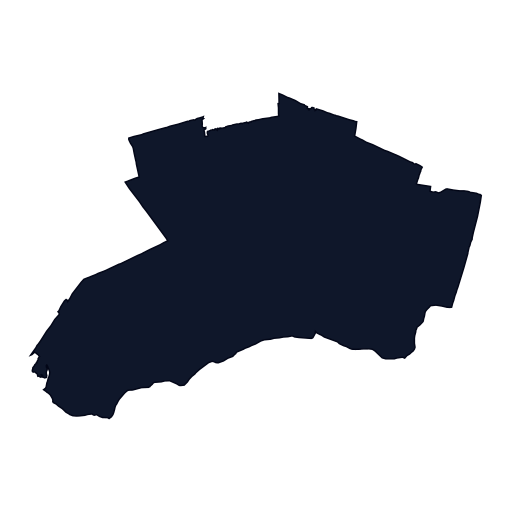 Bogda, Timis, Romania
{"feature_id": "2599482B35137521275654", "entity_name": "Bogda", "entity_type": "district", "adm_level": 2, "iso_a3": "ROU", "parent_name": "Romania", "parent_adm1": "Timis", "projection": "mercator", "projection_center": [21.542, 45.957], "detail": "fine", "context": "isolated", "style": "filled", "palette": "ink", "viewbox_px": 512, "rotation_deg": 0, "n_neighbors": 0, "source": "geoboundaries", "source_scale": "gbopen_adm2", "svg_char_len": 6006}
<svg xmlns="http://www.w3.org/2000/svg" viewBox="0 0 512 512"><path d="M404.7,358.1L406.9,355.6L409.6,354.0L411.4,352.3L413.1,351.0L414.4,349.1L415.0,347.2L414.4,343.3L414.4,338.1L414.7,335.7L415.7,332.0L415.8,330.4L416.6,328.7L416.9,327.3L420.0,324.8L422.9,321.7L423.2,321.1L423.7,318.5L424.4,316.2L425.0,312.6L425.5,311.3L426.9,309.5L429.6,306.8L430.4,305.7L435.9,305.1L441.8,306.0L446.9,307.2L449.8,307.4L451.6,307.2L452.7,303.0L453.6,300.6L454.9,295.7L456.2,292.3L456.9,289.7L457.9,287.0L463.8,267.8L467.8,253.6L467.9,252.4L469.1,247.0L469.8,245.7L470.7,242.1L472.1,239.3L472.2,237.7L473.4,232.2L477.5,216.4L480.3,202.2L481.3,195.4L479.9,194.4L479.1,194.5L476.5,193.3L471.5,192.5L470.9,192.7L469.2,191.8L467.9,191.4L464.2,190.9L460.0,190.9L453.5,190.1L447.1,188.9L445.9,189.1L440.8,192.2L439.2,192.7L438.7,193.0L435.7,191.8L433.1,192.2L430.6,191.4L430.0,191.1L430.6,186.5L417.1,184.4L416.4,183.8L417.8,179.4L418.4,178.1L419.2,174.7L419.8,173.6L419.8,173.0L420.7,171.2L420.9,169.7L422.2,167.2L421.7,166.8L419.7,165.5L415.9,163.7L415.3,164.2L414.1,164.0L412.5,162.6L410.1,161.9L399.0,156.3L387.6,151.4L384.5,150.4L372.7,144.7L366.1,142.2L362.4,140.0L360.7,139.3L354.6,136.1L355.9,128.6L356.7,121.7L355.4,121.6L353.5,120.8L349.1,119.7L337.8,116.0L336.3,115.9L335.7,115.4L333.8,115.0L329.8,113.4L327.1,112.7L323.0,110.9L316.4,108.9L316.2,109.1L316.1,109.7L315.7,109.7L315.6,110.3L315.0,110.6L314.8,109.9L315.0,109.5L314.2,109.2L313.6,108.6L313.9,108.0L312.7,107.5L311.6,107.6L311.2,108.6L309.6,108.8L309.8,109.0L309.7,109.3L309.5,109.7L309.0,109.9L308.4,109.6L308.5,108.9L308.4,108.6L307.2,108.4L307.4,106.7L304.7,105.5L304.3,104.8L300.4,103.6L295.6,100.7L289.6,98.1L287.3,97.4L282.8,95.1L278.9,93.5L279.1,103.5L278.1,103.6L278.1,103.8L278.5,107.9L278.5,114.0L278.9,116.0L277.1,116.5L271.0,117.4L270.5,117.8L262.5,118.8L258.8,119.7L256.2,120.0L256.3,120.2L255.8,120.6L254.4,120.6L251.5,121.4L251.1,121.6L251.3,121.8L251.1,122.0L250.3,122.2L249.6,122.0L248.9,122.3L248.4,123.2L246.7,122.1L246.2,122.6L245.6,122.5L242.6,123.3L242.3,123.7L241.6,123.3L240.4,123.4L239.0,124.0L236.9,124.0L232.5,125.0L231.8,125.5L228.8,125.9L227.2,126.3L226.6,126.7L225.8,126.8L225.6,127.4L225.4,127.5L223.2,128.0L221.0,128.4L220.8,128.3L221.0,128.1L220.1,128.0L219.4,128.3L219.7,128.7L219.0,128.9L219.1,128.6L218.2,128.6L217.8,128.3L217.1,128.7L217.5,129.1L217.3,129.2L217.4,130.2L217.3,130.4L216.2,129.7L216.0,129.2L215.2,128.8L214.7,129.3L214.7,129.7L214.2,130.1L213.6,130.1L213.2,129.7L212.7,129.6L212.2,130.1L211.0,130.1L209.0,131.1L207.6,131.4L207.3,132.0L207.4,133.5L208.1,135.3L207.7,136.2L207.5,136.4L206.2,136.3L204.9,136.5L204.7,136.0L204.7,134.0L204.5,133.3L204.5,132.2L203.9,130.5L204.3,129.8L205.8,128.7L205.8,128.4L205.6,127.9L205.7,127.5L204.7,127.8L203.1,127.7L202.2,126.6L202.1,125.4L202.3,124.1L202.0,120.1L202.2,119.6L203.6,118.6L202.9,118.3L203.0,117.7L202.5,117.4L203.2,117.1L203.3,116.7L201.7,117.4L201.3,117.3L200.5,117.7L197.2,118.5L195.7,119.4L194.8,120.3L193.9,119.8L190.9,120.4L189.7,120.7L189.1,121.3L187.5,121.3L178.2,124.2L170.1,126.2L166.2,127.7L165.9,127.6L158.8,129.5L143.4,133.9L141.7,134.7L133.9,136.5L128.8,138.1L128.8,139.5L129.3,140.7L130.5,143.2L132.7,146.6L133.3,148.4L134.2,153.3L135.9,161.1L136.1,161.4L136.4,164.1L139.2,177.0L135.3,178.2L125.2,182.1L129.4,188.5L139.6,201.8L143.0,206.9L146.4,211.2L166.2,238.2L167.8,240.8L163.9,242.6L160.3,244.7L150.1,249.4L143.4,252.8L141.9,253.7L137.8,255.4L120.3,263.9L119.2,264.1L104.3,271.1L98.1,273.4L95.8,274.6L83.9,279.3L81.2,282.3L72.4,293.7L69.9,298.5L67.7,301.6L67.1,300.1L66.1,299.5L64.4,301.0L60.9,306.6L58.9,310.9L58.0,311.7L59.1,313.1L59.3,314.4L54.8,319.5L51.0,325.7L46.7,331.2L40.5,341.0L38.0,344.5L37.1,345.4L36.0,347.6L30.7,355.1L31.9,354.6L33.5,353.2L33.7,352.3L34.2,351.8L34.8,352.6L35.9,352.9L37.2,354.1L38.1,354.6L38.7,355.6L39.6,356.5L38.2,358.4L38.1,358.9L38.3,359.7L37.5,360.6L37.4,361.5L37.0,361.8L37.1,362.1L37.1,362.7L36.8,362.9L36.6,362.6L36.4,362.7L35.7,364.1L35.0,364.5L34.0,366.3L32.9,367.6L32.7,369.3L32.3,370.1L32.4,371.4L32.8,371.9L33.4,372.1L34.2,371.8L34.7,371.9L37.2,373.9L37.3,374.2L37.5,374.4L37.5,375.0L37.9,376.3L39.0,376.1L39.8,376.5L40.2,377.1L41.3,377.0L41.7,376.4L41.6,375.6L41.2,374.8L41.5,374.7L42.6,375.4L42.6,375.6L42.3,375.8L42.3,376.4L42.6,376.7L42.6,377.1L43.2,377.2L44.8,377.9L46.4,377.4L46.8,375.6L46.3,373.5L46.3,372.2L46.6,370.8L47.2,369.8L47.0,368.6L46.4,367.0L46.3,365.7L46.7,365.0L47.2,365.3L49.5,371.0L49.8,372.4L49.6,374.2L49.0,376.6L48.3,378.1L47.4,381.7L46.9,382.9L46.1,387.2L45.5,388.2L43.6,389.7L46.2,391.5L47.0,392.3L48.4,393.1L50.4,395.0L52.5,398.7L52.9,400.4L52.8,401.7L53.4,402.6L56.3,404.1L58.5,406.1L62.3,408.6L66.0,412.2L68.7,413.7L69.7,414.5L72.8,415.7L76.4,416.0L79.0,415.9L84.7,415.3L87.8,414.4L91.6,414.0L92.3,414.1L93.0,414.7L94.2,415.2L96.7,414.6L99.5,416.4L102.6,417.5L107.1,417.6L108.2,417.9L109.1,418.5L111.4,416.8L112.9,414.6L113.7,412.5L114.7,408.8L114.8,407.9L115.7,405.3L116.6,404.1L118.0,401.3L119.2,399.3L124.6,393.0L126.4,391.4L127.6,390.5L129.0,390.1L132.5,390.0L141.5,387.6L148.5,387.3L149.9,386.6L150.2,386.0L152.1,384.4L153.3,382.9L154.5,382.3L161.3,381.8L164.7,380.9L169.7,380.7L176.7,383.8L179.3,385.4L180.7,385.5L184.2,385.1L187.4,381.9L189.1,379.3L191.9,376.3L194.8,374.0L195.7,372.8L199.4,369.5L208.6,362.6L212.1,361.3L214.0,361.7L215.9,362.6L218.2,362.8L223.5,360.9L227.8,358.2L232.7,356.4L234.6,354.4L235.7,353.6L236.3,352.4L237.0,351.9L243.4,349.2L245.1,348.2L249.0,346.8L251.7,345.4L255.4,344.0L260.7,341.0L264.2,339.8L270.6,339.2L274.2,338.2L279.3,337.8L283.3,337.0L288.0,336.7L291.9,335.9L292.9,336.1L294.6,336.9L299.0,337.5L311.3,338.4L312.6,337.9L313.0,337.4L315.2,333.4L315.4,331.4L316.7,332.8L320.2,334.6L321.3,335.0L324.3,337.0L337.2,341.7L338.1,342.3L339.2,343.5L340.1,344.0L343.7,345.7L346.3,346.5L350.0,348.5L352.1,349.2L355.4,349.3L359.9,349.2L362.0,348.9L369.1,348.8L372.1,349.2L373.2,349.7L375.3,351.2L382.2,357.8L385.7,358.8L394.3,358.8L396.8,358.0L402.5,357.2L404.7,358.1Z" fill="#0f172a" stroke="#020617" stroke-width="1.5"/></svg>